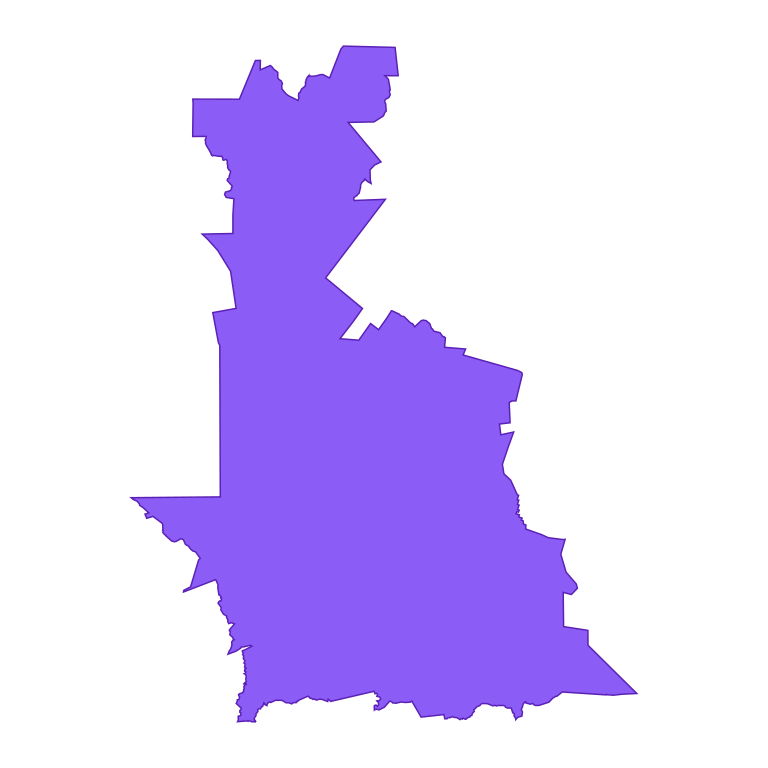 the district of Buenaventura, Chihuahua, Mexico
{"feature_id": "50627088B21405977079278", "entity_name": "Buenaventura", "entity_type": "district", "adm_level": 2, "iso_a3": "MEX", "parent_name": "Mexico", "parent_adm1": "Chihuahua", "projection": "albers", "projection_center": [-107.167, 30.188], "detail": "fine", "context": "isolated", "style": "filled", "palette": "violet", "viewbox_px": 768, "rotation_deg": 0, "n_neighbors": 0, "source": "geoboundaries", "source_scale": "gbopen_adm2", "svg_char_len": 6082}
<svg xmlns="http://www.w3.org/2000/svg" viewBox="0 0 768 768"><path d="M212.8,312.6L218.4,342.6L219.8,345.4L220.3,496.9L131.2,497.7L133.3,499.5L137.1,501.2L139.4,503.9L139.6,505.3L143.3,507.8L148.8,512.9L145.0,514.1L146.7,518.3L153.0,516.4L161.9,523.1L162.7,524.3L162.9,529.2L162.6,530.3L163.3,531.0L162.8,532.5L164.8,534.8L165.7,535.1L165.8,535.8L166.3,535.8L167.1,537.0L171.8,541.1L174.6,541.8L176.3,541.3L181.0,538.7L183.4,539.7L185.5,544.5L188.3,546.0L190.6,549.1L193.0,551.1L195.5,551.8L200.2,558.3L198.6,560.0L190.6,586.8L183.7,590.4L183.5,592.0L215.7,579.6L218.0,584.7L217.8,587.7L218.9,594.8L219.3,594.7L221.2,597.0L220.6,598.0L221.4,598.7L221.3,600.2L220.9,600.9L219.8,600.9L218.6,601.9L218.1,603.3L221.1,607.3L220.9,609.9L223.4,614.1L226.7,616.1L226.6,617.6L228.0,620.1L227.7,621.5L228.7,623.6L231.5,622.7L234.5,623.9L229.4,629.9L229.4,630.8L230.2,631.4L230.3,632.0L229.8,634.8L232.6,637.3L233.4,639.2L234.1,639.7L232.9,640.2L231.7,642.0L231.9,644.5L231.6,646.2L230.7,648.9L229.2,651.0L228.0,654.2L236.1,651.1L240.9,648.0L241.2,647.0L243.5,646.9L250.5,645.3L251.9,646.2L244.2,650.2L242.5,650.6L242.3,651.6L243.4,653.0L242.6,654.5L243.7,656.1L243.3,658.3L243.8,659.5L244.9,660.3L244.8,661.6L243.9,663.0L245.2,664.2L244.5,667.0L246.1,668.2L244.8,669.0L244.9,670.1L244.5,670.5L244.7,671.3L245.7,671.6L245.6,673.0L244.2,673.7L245.5,674.5L246.2,675.9L245.8,679.5L246.3,681.4L244.7,682.9L245.6,682.8L246.3,684.0L246.2,684.5L244.4,684.0L244.1,684.6L244.7,685.9L243.8,686.8L244.3,688.5L243.6,689.5L243.8,690.8L242.9,692.1L243.0,692.6L239.6,693.7L238.6,694.5L238.7,695.7L239.6,696.7L239.1,699.1L238.7,699.6L237.3,699.8L237.2,701.4L236.2,703.5L241.2,708.1L241.0,709.1L239.8,710.7L239.9,712.5L241.0,712.9L240.7,715.5L238.2,716.2L238.3,720.2L237.5,721.7L247.4,720.9L248.1,721.4L249.3,720.6L251.6,721.8L253.3,721.8L254.3,721.2L254.7,721.9L255.3,721.9L255.7,721.4L254.2,719.1L254.2,718.3L256.0,715.6L256.0,714.0L257.9,711.5L257.7,709.5L259.1,708.7L260.4,708.9L261.6,706.7L262.6,706.5L263.9,702.8L264.8,703.6L264.8,704.5L265.4,705.0L265.8,704.8L266.9,705.6L267.0,704.5L268.3,702.7L269.5,702.0L270.7,702.5L275.5,700.3L279.2,700.3L282.1,700.4L286.1,702.8L288.7,702.8L291.8,703.9L293.2,702.7L296.3,702.6L297.9,700.6L298.5,700.8L299.0,700.1L307.7,696.3L308.4,696.3L310.0,698.2L311.4,698.4L312.9,699.4L314.4,698.9L315.2,699.6L316.7,700.1L319.1,699.2L321.7,699.3L327.7,701.5L328.2,699.1L330.7,701.4L374.0,691.3L375.1,693.8L376.7,693.4L377.6,694.5L376.8,696.3L379.7,697.0L380.7,699.0L378.6,701.2L377.8,700.6L376.8,700.9L378.3,702.3L378.6,704.7L377.5,706.3L376.1,705.1L375.0,705.2L374.2,706.0L374.4,709.8L374.8,709.3L375.0,709.7L376.8,709.2L379.0,709.9L384.4,707.2L389.6,701.3L391.1,701.4L393.0,703.1L395.0,702.9L395.6,703.3L401.2,702.0L405.0,702.5L410.1,702.2L411.8,701.1L421.1,717.1L443.9,714.6L444.8,718.8L447.0,718.8L447.9,717.9L450.9,717.4L452.4,716.6L454.0,717.4L456.8,717.6L460.0,719.6L461.1,718.7L462.3,719.0L462.4,718.5L463.6,718.2L464.2,718.9L465.9,719.3L467.5,717.8L469.8,717.0L470.5,715.7L471.7,715.6L472.6,713.0L474.3,711.5L473.8,710.3L473.9,709.4L474.7,709.1L477.1,706.6L480.0,705.5L480.4,704.5L482.2,703.5L487.4,703.7L493.0,705.9L494.9,705.3L496.6,706.0L497.6,705.5L503.7,705.5L505.2,706.2L505.4,707.1L507.2,708.0L511.3,708.1L512.1,711.0L512.5,711.1L512.6,712.8L514.3,713.5L514.0,715.7L515.8,718.7L515.8,719.5L517.9,717.2L521.8,716.2L522.5,712.0L521.5,710.1L521.5,708.8L522.3,707.4L523.1,704.2L524.6,702.2L525.7,701.8L525.9,703.0L530.3,704.2L532.6,703.5L534.2,705.0L535.8,705.5L539.0,705.4L548.9,702.2L552.6,698.3L555.2,696.6L557.1,696.1L562.2,692.0L606.2,694.9L606.6,694.3L607.5,694.8L613.5,695.2L622.3,694.2L636.8,693.5L588.0,645.3L587.9,630.4L563.6,626.6L563.2,592.4L571.4,594.5L577.4,588.3L576.3,584.0L566.1,572.2L560.8,554.3L565.1,539.3L563.3,539.6L548.3,537.7L541.7,534.7L525.7,529.0L525.9,524.9L523.6,524.2L523.1,520.8L521.3,520.2L522.1,518.1L518.7,516.9L519.4,514.8L516.0,513.7L516.9,511.5L518.5,512.1L519.2,510.1L517.6,509.5L519.1,505.1L517.4,504.5L518.8,500.2L517.2,499.7L518.6,495.3L517.6,495.0L517.0,494.1L510.7,480.2L503.9,473.8L502.4,464.3L508.2,447.1L513.7,432.0L500.8,434.8L499.5,424.0L510.1,422.8L509.2,402.5L512.1,400.9L515.9,400.9L522.3,374.5L521.8,372.6L517.7,370.5L463.1,355.0L465.6,349.0L444.6,347.3L445.4,337.8L444.0,336.7L443.8,337.0L442.5,336.2L440.0,332.7L433.7,331.1L432.6,329.1L431.4,328.3L429.8,323.7L426.1,320.6L423.0,320.1L421.2,320.7L414.7,326.8L412.6,323.7L410.6,323.0L403.9,316.5L401.3,316.1L399.1,314.1L392.3,310.9L391.4,310.8L387.0,317.8L378.6,329.7L370.6,323.5L358.8,340.2L340.0,338.7L353.4,321.3L362.5,308.5L325.6,277.9L385.4,199.3L354.2,200.5L353.8,199.1L353.9,197.6L357.2,195.3L357.5,194.5L359.1,193.3L360.6,187.2L360.6,184.9L361.8,182.6L364.6,180.0L364.6,179.2L365.2,179.0L365.5,179.8L367.8,181.7L371.1,183.5L370.3,179.8L370.0,169.9L374.5,165.1L381.0,161.9L348.1,122.4L374.0,121.9L383.4,115.9L384.9,112.4L386.2,111.1L385.7,103.8L384.7,101.8L384.9,100.3L385.8,99.1L388.8,97.6L390.2,94.9L389.3,90.7L390.1,90.2L390.2,89.4L388.4,79.2L384.8,75.7L398.2,75.7L395.1,47.4L343.4,46.1L340.9,49.0L329.6,78.0L322.8,74.5L320.3,74.7L315.5,76.0L311.4,76.3L310.0,75.8L308.8,76.5L308.4,76.4L308.5,75.9L307.2,77.4L306.0,80.0L306.1,81.1L305.4,82.2L305.6,84.0L305.0,86.3L301.6,89.0L300.0,92.4L299.1,92.8L298.7,93.6L298.5,96.1L298.9,98.0L298.0,100.4L288.6,95.8L286.1,93.9L282.0,89.0L281.7,85.3L282.5,83.5L281.1,80.8L279.2,79.6L277.8,78.0L277.8,72.4L273.7,69.1L271.9,66.7L270.3,65.5L260.2,69.9L260.4,60.4L255.4,60.5L239.4,99.2L192.8,99.1L193.1,103.3L192.7,136.5L206.2,136.4L206.1,137.7L205.1,139.9L205.6,141.2L205.5,143.1L206.3,145.3L210.2,151.9L211.6,155.2L212.6,155.9L213.3,155.4L219.8,156.4L221.5,156.1L222.6,157.8L222.9,159.9L223.6,160.2L226.2,159.4L227.3,161.0L227.2,163.9L227.9,165.9L227.6,167.0L227.8,168.0L228.9,170.0L230.1,170.7L230.6,171.8L229.2,176.1L229.0,178.0L227.6,178.8L227.2,180.5L232.1,185.9L232.1,186.6L231.4,187.5L231.7,188.5L230.3,190.7L225.4,192.1L224.6,194.5L226.2,197.4L233.9,198.7L232.9,215.2L232.9,233.5L202.2,234.1L207.3,238.9L217.7,250.4L230.6,271.3L236.1,308.4L212.8,312.6Z" fill="#8b5cf6" stroke="#5b21b6" stroke-width="1.5"/></svg>